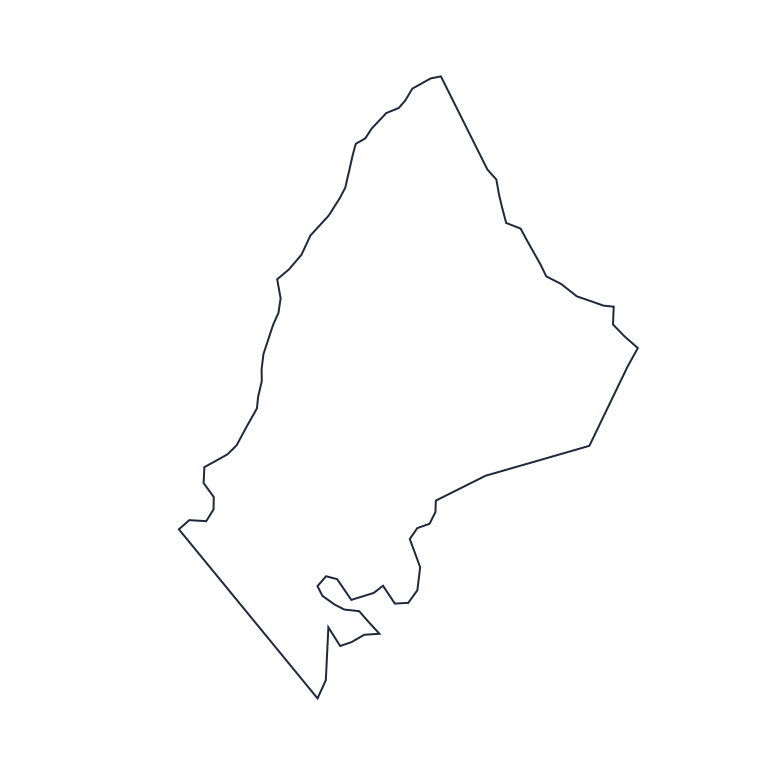 outline of Riacho da Cruz, Rio Grande do Norte, Brazil, rotated 336°
{"feature_id": "56859067B96167215385761", "entity_name": "Riacho da Cruz", "entity_type": "district", "adm_level": 2, "iso_a3": "BRA", "parent_name": "Brazil", "parent_adm1": "Rio Grande do Norte", "projection": "robinson", "projection_center": [-37.971, -5.922], "detail": "fine", "context": "isolated", "style": "outline", "palette": "slate", "viewbox_px": 768, "rotation_deg": 336, "n_neighbors": 0, "source": "geoboundaries", "source_scale": "gbopen_adm2", "svg_char_len": 1174}
<svg xmlns="http://www.w3.org/2000/svg" viewBox="0 0 768 768"><g transform="rotate(336 384 384)"><path d="M573.0,311.1L572.0,297.6L561.1,286.6L563.7,270.6L566.1,257.8L569.8,242.9L565.7,230.1L561.1,126.1L550.8,123.8L530.0,125.7L518.7,133.7L509.8,137.8L496.3,137.4L476.7,145.6L466.8,152.0L455.9,153.1L449.1,161.4L428.5,188.9L419.2,196.2L402.1,207.6L377.2,218.4L361.1,232.4L343.9,240.6L329.0,244.9L324.4,263.7L316.5,276.1L306.8,284.8L286.0,307.7L278.2,320.7L273.5,331.7L263.8,344.5L258.0,354.6L241.4,366.9L224.5,380.0L212.4,384.6L186.1,386.9L178.9,401.1L182.5,418.0L177.3,429.2L165.8,437.0L150.8,429.2L137.5,433.3L195.4,644.2L210.4,630.9L234.2,583.7L237.4,605.5L249.3,606.6L263.8,605.0L278.2,610.3L272.5,593.1L268.9,581.4L256.0,573.9L249.3,565.6L241.6,552.6L241.0,541.6L252.9,536.1L261.8,543.2L266.3,567.9L289.7,570.7L301.0,567.9L304.6,589.0L317.1,593.8L330.6,586.0L342.5,566.1L343.5,551.4L344.5,536.1L355.8,529.2L368.8,530.2L378.9,521.9L383.9,511.6L439.4,509.1L546.5,524.0L613.3,467.4L630.5,454.4L623.2,438.6L617.4,422.8L625.3,406.8L616.4,401.7L605.1,391.0L595.8,382.3L586.5,364.7L576.0,351.6L575.6,338.8L573.0,311.1Z" fill="none" stroke="#1e293b" stroke-width="2"/></g></svg>